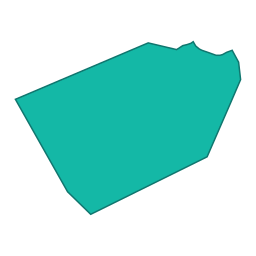 Cedars/Chu Tigre, Choiseul, Saint Lucia (Mercator projection)
{"feature_id": "8701671B42521441086623", "entity_name": "Cedars/Chu Tigre", "entity_type": "district", "adm_level": 2, "iso_a3": "LCA", "parent_name": "Saint Lucia", "parent_adm1": "Choiseul", "projection": "mercator", "projection_center": [-61.046, 13.77], "detail": "fine", "context": "isolated", "style": "filled", "palette": "teal", "viewbox_px": 256, "rotation_deg": 0, "n_neighbors": 0, "source": "geoboundaries", "source_scale": "gbopen_adm2", "svg_char_len": 408}
<svg xmlns="http://www.w3.org/2000/svg" viewBox="0 0 256 256"><path d="M192.5,42.2L190.9,43.3L187.0,44.6L182.8,45.6L176.6,49.6L148.2,42.9L15.4,99.3L67.6,191.8L90.7,214.3L207.1,156.8L230.4,103.3L240.6,79.6L238.6,62.2L232.6,51.1L232.2,50.3L226.7,52.3L222.5,54.6L219.9,55.3L216.1,55.3L208.6,52.6L201.9,50.3L199.3,49.0L195.7,46.0L193.2,41.7L192.5,42.2Z" fill="#14b8a6" stroke="#0f766e" stroke-width="1.5"/></svg>